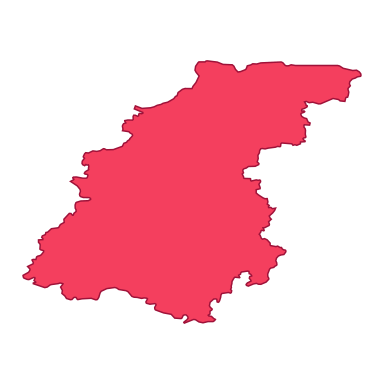 the border of Nizhegorod
{"feature_id": "RUS-2357", "entity_name": "Nizhegorod", "entity_type": "Region", "adm_level": 1, "iso_a3": "RUS", "parent_name": "Russia", "parent_adm1": "", "projection": "robinson", "projection_center": [44.77, 56.28], "detail": "fine", "context": "isolated", "style": "filled", "palette": "rose", "viewbox_px": 384, "rotation_deg": 0, "n_neighbors": 0, "source": "natural_earth", "source_scale": "10m", "svg_char_len": 5936}
<svg xmlns="http://www.w3.org/2000/svg" viewBox="0 0 384 384"><path d="M248.3,286.1L246.5,285.4L246.1,284.7L246.2,284.3L247.4,282.9L251.0,281.1L250.9,280.3L249.3,278.3L249.7,276.6L251.7,276.0L251.6,275.4L250.5,274.1L249.2,273.7L248.9,271.4L247.5,271.1L241.5,272.0L240.8,272.8L240.5,274.2L238.6,275.2L239.8,277.5L239.6,277.7L234.9,277.2L234.0,278.0L232.0,281.5L231.9,283.6L231.2,286.1L231.4,287.7L230.6,289.3L231.7,290.7L231.3,292.6L230.5,293.1L228.4,292.5L221.8,293.5L221.0,294.8L220.6,297.5L219.6,300.7L218.9,301.9L218.2,302.3L217.1,301.9L216.8,299.3L215.7,298.9L213.6,299.1L210.1,302.3L209.4,305.8L210.2,307.2L212.2,309.1L211.8,310.0L210.0,311.2L210.0,314.0L208.2,315.2L208.7,315.9L211.5,316.4L213.8,318.6L215.4,319.4L214.6,320.6L213.0,321.6L207.9,321.6L203.0,322.8L198.9,321.9L195.3,319.6L193.4,319.5L184.4,323.1L183.8,322.6L184.1,321.9L186.9,319.8L188.1,318.1L187.7,316.5L186.2,315.0L185.0,314.8L183.3,315.3L181.9,318.1L181.1,318.6L174.7,318.1L171.2,314.3L163.6,312.9L155.4,309.9L154.8,308.9L154.7,307.4L156.0,305.0L155.9,304.2L154.9,303.6L149.9,304.2L146.6,303.3L146.2,303.0L145.9,301.9L147.5,298.9L146.8,298.2L144.2,297.9L141.6,298.4L137.2,297.4L134.0,297.2L131.9,296.4L128.0,291.7L126.1,290.7L118.9,289.5L116.5,287.9L114.7,287.5L106.8,288.6L101.1,291.3L100.0,293.2L98.8,297.3L97.7,299.1L97.0,299.7L95.6,299.8L91.2,298.3L82.0,298.8L77.8,299.6L77.3,299.4L76.1,297.5L74.9,297.3L73.7,297.6L72.0,299.5L70.4,299.7L66.5,298.5L64.9,296.0L61.9,293.4L62.4,290.5L60.6,287.1L62.8,284.2L63.0,283.8L62.4,283.5L60.0,283.0L58.3,283.6L51.7,284.5L50.2,284.9L47.2,287.1L44.8,287.6L33.3,283.7L33.3,283.0L35.7,282.3L35.6,281.8L34.0,280.6L35.0,278.3L34.8,277.6L33.6,277.5L28.9,279.6L27.1,279.4L24.0,278.1L23.5,277.6L23.0,275.7L23.1,275.3L28.2,272.5L29.1,271.6L29.9,270.0L30.0,269.1L27.6,266.5L33.1,263.8L33.3,262.5L32.0,260.0L33.1,259.4L35.9,259.5L36.6,256.9L37.6,256.2L40.2,255.5L41.3,254.7L43.6,251.9L43.6,250.7L40.7,249.8L39.9,249.1L40.2,245.0L40.0,244.1L38.5,242.3L38.5,239.9L42.8,239.6L42.8,238.4L41.7,237.4L42.3,235.9L45.3,234.6L45.9,232.5L47.6,232.2L51.4,228.7L58.0,227.8L58.7,227.4L60.4,224.5L64.2,222.4L63.9,219.2L69.3,213.4L71.0,213.5L72.5,215.3L73.2,215.2L74.0,213.2L76.1,211.5L76.0,209.7L75.2,208.2L75.1,205.0L75.8,202.9L76.5,202.3L80.7,201.0L88.2,200.7L90.6,199.5L90.5,198.4L89.1,197.6L83.3,197.5L80.8,196.7L79.8,195.8L79.5,194.1L80.4,191.6L80.2,189.6L77.3,185.9L70.5,181.4L73.5,179.8L73.9,179.2L73.0,178.4L72.8,177.6L73.5,177.1L76.5,177.0L82.8,178.2L86.1,178.2L87.2,177.7L87.9,175.6L87.6,174.6L84.9,174.0L84.3,173.3L85.2,171.8L88.7,169.6L88.4,168.1L88.8,166.9L88.6,165.3L88.3,164.8L87.0,165.1L85.9,164.5L84.7,165.7L82.7,164.7L82.0,163.4L82.3,161.1L84.5,158.2L83.3,157.0L83.3,156.5L84.6,153.8L85.7,152.7L88.5,153.0L92.9,150.9L96.8,151.4L100.2,150.7L103.4,148.7L104.4,148.8L106.5,149.8L113.3,149.6L122.4,146.3L123.8,143.3L126.6,142.3L127.4,141.0L129.6,139.5L129.8,138.7L132.0,136.4L132.6,135.3L132.2,134.2L130.0,132.9L128.9,131.7L122.5,130.7L123.0,129.2L122.4,126.3L122.6,125.3L123.6,123.7L125.8,122.9L124.7,121.0L124.7,120.6L127.9,120.0L132.5,120.1L133.2,119.4L133.1,116.5L133.7,115.2L135.2,115.2L137.7,116.3L138.6,115.7L138.8,114.1L139.4,113.4L141.8,113.7L142.9,113.1L142.8,112.4L134.3,108.9L135.4,105.9L142.0,108.4L150.4,107.8L154.2,106.8L157.2,105.3L161.1,104.4L163.0,103.3L167.7,102.2L173.8,98.7L175.4,96.5L177.1,95.7L178.1,92.5L182.4,89.3L185.0,88.5L192.0,88.6L193.0,86.3L196.0,82.5L199.1,76.0L196.1,72.3L195.0,70.2L195.6,66.3L198.1,62.6L198.9,61.9L205.1,61.9L206.1,61.0L207.5,60.9L217.3,62.1L223.0,64.4L232.3,64.8L233.9,66.2L235.5,69.4L238.0,72.0L240.5,71.6L245.1,69.8L246.2,68.9L247.3,65.8L250.6,65.0L252.7,63.8L256.8,64.0L260.8,62.9L281.2,62.0L282.8,62.7L285.3,65.5L286.9,65.9L288.9,65.7L291.1,64.8L295.5,65.5L337.7,65.5L339.6,66.0L343.2,68.3L352.7,70.5L356.6,70.2L359.3,71.9L360.7,73.7L361.0,75.2L360.6,76.3L357.5,76.8L355.2,78.1L352.3,79.0L349.8,81.6L349.4,83.9L350.3,85.8L348.3,88.1L347.9,89.0L348.8,92.1L348.3,95.1L347.6,97.2L346.3,97.3L345.7,98.0L344.9,101.4L340.1,100.9L338.5,99.5L333.0,98.5L320.6,103.8L318.6,103.9L312.7,102.2L309.2,102.7L306.2,101.4L304.5,101.9L305.8,103.9L306.1,105.3L307.2,105.7L307.3,106.2L306.9,107.0L304.5,108.4L301.9,109.3L301.6,110.7L301.9,111.2L304.0,110.9L304.7,111.7L304.0,112.3L301.2,113.3L300.8,114.2L301.7,116.4L304.1,117.9L306.6,118.6L308.1,122.0L310.1,123.0L309.6,125.1L304.4,124.8L304.0,125.1L304.0,127.2L305.1,128.6L305.5,130.2L305.3,134.2L305.9,137.0L305.2,137.7L303.6,138.0L303.0,138.6L303.4,139.7L305.2,141.1L304.9,141.7L300.5,142.0L300.4,143.8L296.8,145.3L294.9,144.7L293.0,145.3L291.8,143.8L281.8,143.0L280.9,143.6L280.6,146.2L280.0,146.7L277.6,146.4L275.3,147.2L268.3,148.1L265.1,148.9L262.2,148.5L260.7,148.8L259.6,150.7L259.4,152.8L257.9,155.4L258.2,158.6L257.2,161.9L258.9,163.5L258.7,164.6L255.2,166.3L248.4,166.5L246.4,168.0L243.9,168.8L243.1,169.5L242.8,170.9L243.5,172.8L242.2,174.0L243.6,176.9L243.7,178.0L244.2,178.4L250.3,178.6L250.6,178.9L250.7,180.6L251.3,181.0L256.2,179.9L258.3,180.3L259.6,180.0L260.4,180.4L260.6,181.8L258.9,184.2L260.1,187.4L260.1,188.7L256.2,189.7L256.2,193.0L258.3,194.8L262.9,197.8L264.9,198.7L267.2,198.6L267.9,201.9L267.3,204.2L269.2,205.4L268.4,206.9L268.7,207.6L270.8,207.4L272.4,208.7L275.6,208.1L274.6,210.5L272.7,212.9L269.2,216.0L270.2,218.2L271.3,219.2L268.6,221.8L269.3,223.8L269.4,224.7L269.0,225.5L264.6,227.7L263.0,227.8L264.2,230.3L263.8,230.8L261.9,230.3L261.1,230.7L260.7,232.2L259.2,234.2L260.1,235.2L261.3,238.2L262.4,239.2L264.5,238.6L267.1,239.8L270.1,243.1L270.1,244.9L270.6,245.6L275.9,246.6L277.7,246.1L280.0,247.5L281.5,247.5L282.3,249.0L283.6,249.8L285.3,250.1L285.7,250.4L285.9,251.3L285.7,252.1L283.9,254.5L280.8,255.0L278.4,256.0L276.5,258.1L275.8,260.7L276.7,262.7L276.9,264.7L276.6,265.3L274.8,266.3L273.8,267.4L270.7,268.1L269.6,269.1L267.7,274.0L267.8,276.5L268.8,278.3L268.8,279.2L266.1,282.1L260.9,284.3L258.4,284.2L256.5,283.4L253.6,283.9L248.3,286.1Z" fill="#f43f5e" stroke="#9f1239" stroke-width="1.5"/></svg>